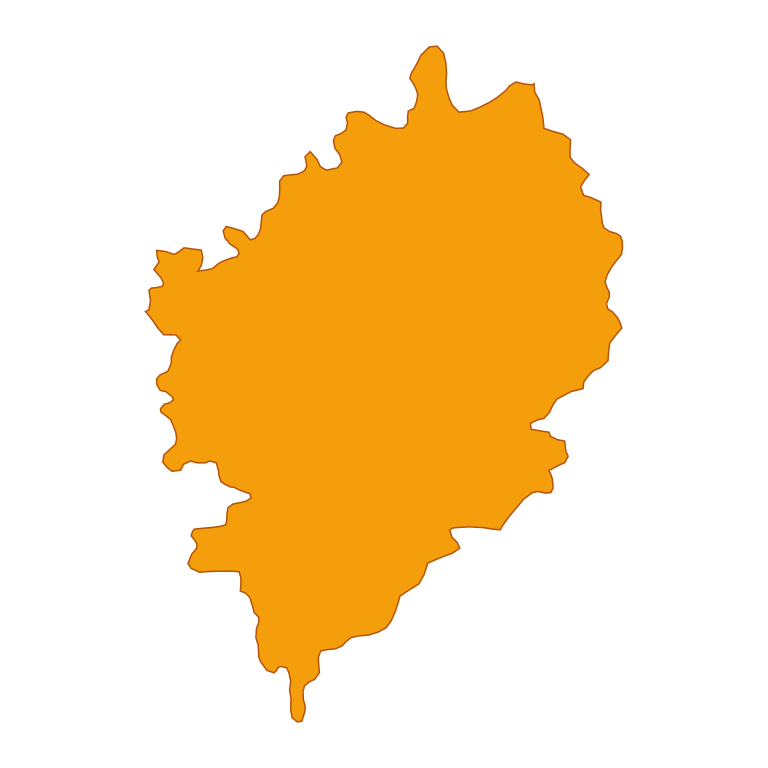 the district of Lida, Grodno, Belarus
{"feature_id": "67162791B46145411949360", "entity_name": "Lida", "entity_type": "district", "adm_level": 2, "iso_a3": "BLR", "parent_name": "Belarus", "parent_adm1": "Grodno", "projection": "orthographic", "projection_center": [25.213, 53.776], "detail": "fine", "context": "isolated", "style": "filled", "palette": "amber", "viewbox_px": 768, "rotation_deg": 0, "n_neighbors": 0, "source": "geoboundaries", "source_scale": "gbopen_adm2", "svg_char_len": 4247}
<svg xmlns="http://www.w3.org/2000/svg" viewBox="0 0 768 768"><path d="M145.5,311.6L148.8,315.4L153.2,321.2L158.1,328.4L163.8,334.8L169.1,334.8L176.0,334.9L180.6,340.1L177.1,343.5L173.6,350.5L171.3,357.4L171.3,363.2L167.8,371.3L160.2,374.8L156.7,378.8L156.7,384.6L160.2,390.4L165.9,391.6L172.3,396.8L173.4,399.7L170.0,402.6L164.2,404.3L160.4,408.9L161.1,412.2L165.2,415.2L170.4,419.3L173.3,425.6L175.9,432.7L176.6,438.6L175.5,444.2L169.9,449.4L163.9,454.9L162.8,462.3L167.6,467.9L172.1,471.3L180.6,470.2L183.6,464.3L190.7,461.0L196.6,462.8L205.1,462.9L210.0,461.0L216.3,462.9L218.5,470.7L218.9,475.2L220.9,481.5L224.9,484.3L230.4,487.0L234.0,487.2L238.0,489.4L245.4,492.2L249.9,493.7L251.1,497.9L246.5,501.0L242.0,502.2L233.2,503.9L228.0,507.6L227.0,513.8L226.5,521.7L225.5,525.0L218.4,526.7L210.5,527.6L202.2,528.3L194.1,529.2L192.4,531.8L191.2,535.9L195.0,540.6L196.9,543.7L196.9,547.8L194.5,550.9L191.6,554.4L188.0,563.5L190.9,568.2L199.6,572.3L205.4,571.7L218.2,571.2L226.3,571.2L232.7,571.2L239.1,571.8L240.9,577.7L240.9,585.2L240.3,591.0L246.1,593.4L250.1,598.0L252.5,606.2L254.2,612.6L258.8,617.3L258.8,622.5L256.5,628.3L255.9,637.6L258.2,645.2L258.8,656.9L260.5,661.5L265.2,668.0L266.9,670.3L274.0,672.9L276.2,670.8L278.3,667.3L281.2,666.5L286.7,667.8L289.0,673.1L290.7,681.2L289.6,689.8L291.0,699.1L290.7,709.6L292.1,717.8L297.4,721.9L301.8,721.2L304.8,711.8L305.2,706.2L303.4,699.9L303.0,691.3L304.5,685.7L309.7,681.6L314.6,679.4L319.4,672.7L318.7,664.8L318.3,657.7L320.6,651.0L327.3,649.6L335.5,648.8L342.2,645.8L345.9,641.7L351.1,637.6L357.5,636.1L368.7,635.0L378.4,632.0L386.2,627.6L391.4,620.5L395.1,611.9L398.1,602.9L399.9,596.2L405.9,592.1L418.9,583.9L424.1,574.6L427.8,563.1L435.6,559.7L443.8,556.3L452.4,553.3L459.8,548.1L457.2,542.5L452.0,537.3L449.7,530.3L452.7,528.0L460.1,527.3L469.1,526.9L483.2,527.6L492.5,529.1L500.3,529.8L502.5,525.7L509.2,516.4L518.1,505.9L524.0,498.8L528.3,495.8L531.8,492.8L538.0,491.5L545.3,493.1L550.8,492.6L552.9,488.4L552.9,484.1L552.3,478.6L550.4,473.4L548.8,470.6L558.1,465.6L564.8,462.6L568.1,456.3L565.8,451.1L564.7,441.1L557.2,439.6L550.5,436.3L549.0,432.2L542.0,431.2L531.2,429.3L530.4,423.4L537.9,419.7L543.8,418.5L549.3,412.6L552.6,405.5L556.7,399.2L570.8,391.7L578.2,389.8L583.0,388.7L583.8,382.1L588.4,375.7L593.6,370.5L600.6,367.6L608.0,360.6L608.6,351.9L609.7,343.2L615.4,335.6L621.8,328.0L620.5,323.6L617.5,317.7L612.5,311.9L607.7,308.8L606.5,303.6L609.3,297.0L609.3,292.2L606.9,287.5L605.0,281.8L607.3,274.7L611.3,267.4L616.9,260.0L621.4,254.5L622.5,247.6L622.3,241.3L620.6,236.3L616.3,233.5L609.7,231.6L603.7,227.6L602.3,222.9L601.5,216.3L600.6,210.4L600.9,202.1L591.0,197.6L583.5,195.3L580.6,186.7L584.6,180.3L589.2,174.5L582.8,168.8L574.7,163.0L570.1,157.3L570.0,150.4L570.6,140.0L563.1,134.2L553.2,131.4L544.0,128.5L542.8,117.0L539.3,100.3L534.6,91.7L534.1,83.8L532.3,84.8L524.9,84.1L515.9,82.0L509.6,85.8L506.3,90.0L502.0,93.6L495.9,98.3L488.6,102.8L483.7,105.2L478.0,108.0L470.0,111.1L458.9,112.1L452.3,105.3L449.0,98.0L446.3,88.3L445.9,82.1L446.6,73.9L445.8,62.8L443.7,53.4L437.1,46.1L429.3,47.0L420.8,55.3L417.8,61.9L414.5,68.0L411.6,72.5L409.8,78.4L413.1,83.1L415.9,88.6L417.8,94.7L416.4,102.3L414.0,108.4L408.3,111.0L407.6,116.5L407.6,123.2L403.6,128.0L395.8,128.4L385.1,125.1L375.9,120.6L368.9,115.1L363.7,112.1L356.7,111.4L348.2,112.9L346.0,117.3L347.5,122.8L346.0,129.9L341.2,133.5L335.3,135.8L333.4,140.6L334.9,148.3L339.7,154.6L341.9,162.0L337.5,167.9L326.4,170.1L320.5,166.8L317.2,159.7L310.2,151.6L305.0,156.8L306.1,161.9L306.8,166.4L304.3,170.8L298.0,174.1L291.0,174.9L283.9,175.6L279.6,181.1L279.8,187.5L279.4,196.5L277.7,202.9L273.2,208.3L265.8,211.4L262.1,214.7L261.3,221.4L260.6,228.4L258.7,233.9L255.0,238.4L250.2,239.8L246.5,235.4L242.8,231.3L232.1,228.0L226.2,226.5L223.2,230.9L225.0,237.9L230.2,244.2L237.6,249.1L239.1,253.5L236.8,256.8L231.7,257.9L222.8,261.2L218.7,263.4L212.4,268.6L205.7,270.1L197.9,271.1L201.3,265.6L202.8,257.8L201.3,250.1L195.1,249.3L184.0,247.8L178.8,251.8L174.3,254.4L165.1,251.4L156.6,250.3L157.3,257.3L159.1,262.1L156.1,266.2L153.9,269.5L158.0,274.3L160.9,277.7L163.5,282.9L162.7,286.2L156.1,287.7L151.6,288.0L149.0,290.2L149.7,295.4L150.5,301.0L148.9,309.8L145.5,311.6Z" fill="#f59e0b" stroke="#b45309" stroke-width="1.5"/></svg>